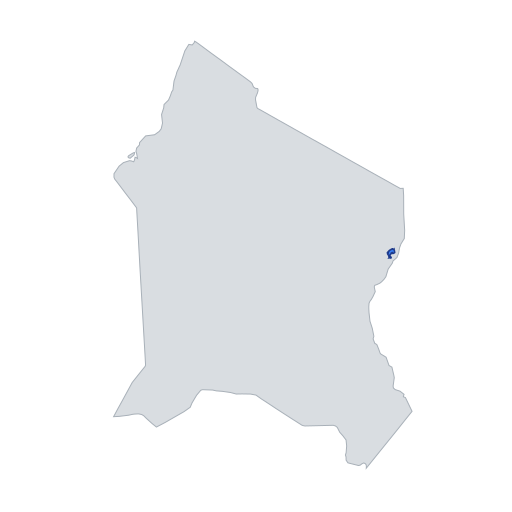 Nambale, Western, Kenya shown in context, rotated 177°
{"feature_id": "3690345B66685082117491", "entity_name": "Nambale", "entity_type": "district", "adm_level": 2, "iso_a3": "KEN", "parent_name": "Kenya", "parent_adm1": "Western", "projection": "robinson", "projection_center": [34.319, 0.505], "detail": "fine", "context": "in_parent", "style": "filled", "palette": "blue", "viewbox_px": 512, "rotation_deg": 177, "n_neighbors": 0, "source": "geoboundaries", "source_scale": "gbopen_adm2", "svg_char_len": 4828}
<svg xmlns="http://www.w3.org/2000/svg" viewBox="0 0 512 512"><g transform="rotate(177 256 256)"><path d="M105.5,315.9L105.4,308.7L106.3,290.1L106.2,273.8L107.0,265.7L110.6,260.5L112.2,256.7L113.4,251.5L115.3,247.2L119.5,243.8L120.2,241.8L124.7,236.0L127.4,228.5L129.4,226.0L131.9,223.7L133.7,222.4L136.6,221.2L138.9,220.5L139.3,219.9L139.5,218.7L138.8,214.1L139.7,212.5L141.3,209.4L143.1,206.6L144.7,204.7L145.6,202.8L146.0,199.6L146.1,197.3L146.1,193.5L145.6,184.9L143.7,177.8L142.5,169.7L143.4,167.1L141.9,162.4L141.1,162.1L139.9,161.1L138.4,156.7L137.2,152.6L136.5,151.6L131.4,148.1L128.9,139.7L126.1,137.9L124.6,129.6L124.3,127.2L125.9,118.9L125.7,117.0L124.0,115.3L119.3,113.5L115.4,110.1L115.9,108.9L116.2,107.7L114.2,106.8L108.3,92.7L115.9,84.2L123.5,75.6L133.3,64.7L142.3,54.7L150.1,46.0L157.0,38.3L156.8,39.8L156.9,41.7L157.7,42.9L159.2,43.7L161.2,42.9L162.9,41.7L164.6,41.4L175.0,44.6L176.7,47.4L176.6,50.5L177.1,52.6L176.3,54.8L175.4,61.5L175.7,67.6L178.8,72.1L181.6,75.6L183.8,80.6L185.5,82.1L187.7,82.9L194.9,83.1L205.5,83.4L215.7,83.7L216.6,83.8L218.8,84.5L228.2,91.2L236.8,97.4L244.1,102.7L251.1,107.9L258.0,112.9L263.3,117.1L268.6,118.4L277.1,119.0L283.0,119.2L288.5,121.0L296.6,122.6L302.7,123.4L306.3,124.4L316.5,125.3L318.2,124.8L322.6,120.1L327.6,112.6L329.6,108.4L336.1,104.3L347.4,98.6L355.5,94.5L364.4,90.4L368.4,94.0L374.0,99.6L376.5,102.4L378.5,103.7L381.6,104.5L385.3,104.5L387.3,104.4L391.4,103.7L401.1,103.0L406.6,103.0L402.0,110.6L396.4,119.6L386.2,136.2L378.4,145.0L372.5,151.6L372.0,152.8L372.0,160.1L372.1,178.2L372.3,214.2L372.5,250.2L372.6,286.2L372.7,304.3L372.7,310.3L377.8,317.9L382.9,325.3L389.5,335.1L393.1,340.3L393.7,342.1L393.5,345.6L388.0,352.9L383.5,356.2L377.4,357.8L375.6,357.5L373.2,356.5L372.3,358.2L371.6,361.0L370.2,360.4L369.2,359.6L369.8,364.5L370.4,366.9L369.5,370.1L366.6,373.0L366.3,375.4L359.9,381.7L350.9,382.4L346.1,385.5L344.0,388.0L342.4,393.6L342.9,402.2L340.4,408.8L339.9,412.1L335.2,416.3L333.2,420.3L331.6,424.3L330.3,426.0L328.7,435.0L326.5,440.4L325.9,442.2L325.4,443.8L323.7,447.0L322.6,449.2L321.8,450.6L316.3,464.6L312.0,470.8L308.6,470.1L306.4,472.5L306.1,473.7L304.9,473.0L302.1,470.8L296.3,466.0L290.6,461.3L284.8,456.6L279.0,451.9L273.2,447.1L267.4,442.4L261.6,437.7L255.8,433.0L252.4,430.2L250.9,428.5L249.8,425.3L249.2,424.5L247.7,423.4L245.8,423.2L245.3,422.6L245.3,421.0L246.0,418.8L248.1,414.4L248.3,411.9L247.9,409.0L247.3,404.3L246.7,403.3L242.8,400.9L234.8,395.8L226.8,390.7L218.7,385.6L210.7,380.5L202.6,375.4L194.6,370.3L186.6,365.3L178.5,360.2L170.5,355.1L162.4,350.0L154.4,344.9L146.3,339.8L138.3,334.7L130.2,329.6L122.2,324.6L114.2,319.5L111.1,317.6L108.4,315.9L105.5,315.9ZM373.2,365.4L371.8,365.7L372.5,363.3L376.6,360.2L378.3,360.9L378.6,361.6L378.5,362.2L377.8,362.9L373.2,365.4Z" fill="#d9dde1" stroke="#a8b0b8" stroke-width="1"/><path d="M123.2,247.1L122.9,247.1L122.7,247.2L122.4,247.2L122.2,247.2L121.9,247.2L121.7,247.2L121.6,246.9L121.4,246.9L121.3,247.0L121.2,247.1L121.2,247.3L121.1,247.5L121.2,247.8L121.4,247.9L121.5,247.9L121.5,248.0L121.8,248.2L121.8,248.3L122.0,248.4L122.3,248.4L122.3,248.5L122.2,248.6L122.2,248.8L122.1,249.0L122.2,249.3L122.2,249.5L122.3,249.5L122.2,249.8L122.1,250.0L122.0,250.3L121.9,250.3L121.8,250.5L121.7,250.6L121.6,250.8L121.4,250.9L121.2,251.0L120.9,251.1L120.8,251.3L120.8,251.5L120.7,251.6L120.5,251.8L120.4,251.9L120.4,252.0L120.2,252.2L120.1,252.3L119.9,252.4L119.7,252.4L119.6,252.2L119.7,251.9L119.8,251.9L119.7,251.8L119.8,251.7L119.7,251.5L119.8,251.5L119.7,251.4L119.4,251.4L119.2,251.4L118.9,251.5L118.8,251.4L118.7,251.4L118.6,251.5L118.4,251.5L118.2,251.6L117.9,251.8L117.8,252.0L117.7,252.1L117.4,252.1L117.3,252.3L117.2,252.5L117.3,252.7L117.4,252.8L117.5,252.8L117.5,253.0L117.4,253.3L117.5,253.5L117.5,253.8L117.5,254.0L117.5,254.3L117.5,254.5L117.8,255.4L117.8,255.5L117.9,255.4L118.0,255.4L118.1,255.2L118.2,255.3L118.3,255.3L118.4,255.5L118.5,255.5L118.6,255.4L118.8,255.4L118.9,255.5L119.0,255.7L119.0,255.8L119.1,256.1L119.4,256.1L119.6,256.0L119.8,255.9L120.0,255.8L120.1,255.7L120.3,255.7L120.4,255.8L120.5,255.8L120.6,255.7L120.7,255.4L120.8,255.4L121.0,255.3L121.3,255.2L121.5,255.0L121.8,254.9L122.0,254.9L122.3,254.8L122.4,254.7L122.6,254.5L122.6,254.4L122.8,254.3L123.0,254.2L123.0,253.8L123.1,253.6L123.3,253.4L123.5,253.4L123.5,253.5L123.7,253.4L123.8,253.4L123.9,253.2L124.0,253.1L123.9,253.1L123.9,252.9L123.8,252.7L123.8,252.4L123.7,252.2L123.8,251.9L123.9,251.7L124.0,251.7L124.3,251.7L124.5,251.7L124.6,251.4L124.5,251.2L124.4,251.1L124.3,250.9L124.2,250.6L124.0,250.3L124.0,250.2L123.9,250.1L123.7,250.0L123.7,249.9L123.5,249.7L123.4,249.5L123.3,249.4L123.2,249.3L123.1,249.1L123.2,248.9L123.3,248.7L123.4,248.4L123.4,248.2L123.2,248.0L123.2,247.9L123.2,247.7L123.2,247.3L123.1,247.2L123.2,247.1Z" fill="#3b82f6" stroke="#1e3a8a" stroke-width="1.5"/></g></svg>